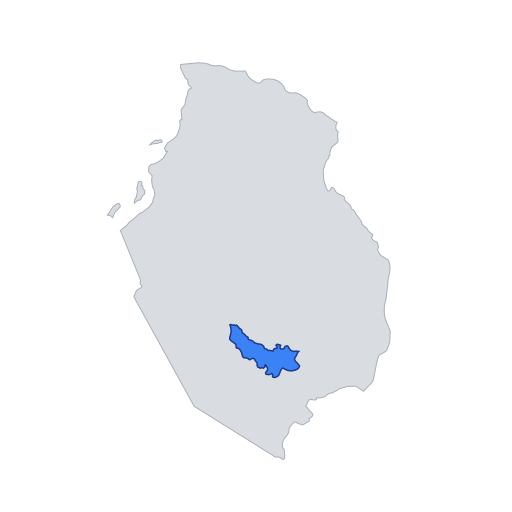 location of Shinyanga within United Republic of Tanzania, rotated 212°
{"feature_id": "TZA-3358", "entity_name": "Shinyanga", "entity_type": "Region", "adm_level": 1, "iso_a3": "TZA", "parent_name": "United Republic of Tanzania", "parent_adm1": "", "projection": "mercator", "projection_center": [32.976, -3.814], "detail": "fine", "context": "in_parent", "style": "filled", "palette": "blue", "viewbox_px": 512, "rotation_deg": 212, "n_neighbors": 0, "source": "natural_earth", "source_scale": "10m", "svg_char_len": 5769}
<svg xmlns="http://www.w3.org/2000/svg" viewBox="0 0 512 512"><g transform="rotate(212 256 256)"><path d="M197.4,346.7L192.5,344.1L188.1,342.5L184.5,340.8L182.9,339.1L179.6,338.5L176.6,338.2L173.9,336.6L168.4,336.0L167.8,335.0L167.7,332.7L166.7,332.1L164.7,331.5L162.5,331.5L161.2,331.8L160.4,331.7L158.6,330.3L156.9,328.6L156.3,325.8L153.7,324.0L150.8,322.6L142.6,322.7L141.4,322.3L139.4,320.9L137.2,318.6L135.4,315.9L133.7,312.4L132.1,307.5L122.8,288.2L121.8,284.6L120.0,280.5L117.0,275.6L113.8,271.9L109.5,268.5L104.7,265.2L102.1,263.0L97.0,253.9L96.0,249.7L95.2,245.3L95.6,243.5L98.7,237.9L99.0,236.3L98.6,234.1L97.1,229.6L95.1,224.1L91.2,214.2L90.6,211.7L90.7,209.8L93.0,199.7L93.0,198.3L102.3,198.5L109.1,194.1L115.1,187.5L116.2,184.7L118.7,180.5L121.0,178.4L121.9,176.9L123.3,172.7L126.4,169.8L129.4,167.6L128.8,166.1L129.3,165.5L130.9,164.4L134.1,163.3L134.8,161.1L134.8,158.6L134.2,157.2L134.3,155.6L133.9,154.7L131.8,154.5L128.6,153.2L126.0,152.7L124.2,152.0L123.6,151.4L123.3,149.9L124.7,146.1L123.3,144.5L126.5,138.1L127.1,137.3L128.3,137.2L130.2,136.6L131.9,136.2L133.3,136.5L134.4,136.2L135.3,135.5L136.1,133.3L136.7,129.7L136.4,126.8L135.0,124.5L134.6,121.0L135.3,116.3L134.8,112.5L133.3,109.4L131.8,107.5L129.4,106.7L125.8,101.9L124.6,99.6L124.8,98.2L126.1,97.6L128.5,97.8L130.7,97.3L132.7,96.0L134.7,95.6L135.8,95.8L228.9,95.8L337.7,156.5L338.1,157.3L339.0,162.5L338.8,164.3L337.1,167.3L336.6,168.9L336.6,170.0L337.0,170.4L338.5,170.5L339.7,171.3L340.1,171.8L341.0,174.1L342.2,175.2L383.6,205.1L384.5,205.5L383.9,208.0L381.6,214.1L381.5,216.7L380.6,219.6L379.7,221.6L377.3,230.2L375.3,233.4L372.6,240.9L372.1,246.6L373.6,250.7L374.2,254.4L377.4,258.1L379.9,259.5L381.7,261.2L384.7,265.0L386.5,268.9L392.0,270.8L394.2,275.1L393.4,278.1L390.8,280.6L388.4,284.6L386.5,289.9L386.5,298.0L387.8,296.8L390.7,298.8L391.0,304.7L388.0,311.7L387.1,314.9L387.0,317.7L389.2,326.0L392.4,330.3L392.2,331.6L391.3,332.7L397.0,340.2L396.5,346.7L398.6,351.8L399.6,356.2L401.0,359.6L401.2,361.9L399.5,364.5L403.6,365.2L406.0,367.3L407.2,369.3L410.1,369.2L411.7,370.6L414.1,371.8L419.2,375.2L420.6,376.9L421.4,378.5L407.3,389.3L402.2,392.1L398.6,393.4L394.7,394.1L391.0,395.8L387.5,398.4L383.0,399.8L377.6,399.8L371.9,401.6L362.9,407.2L357.6,404.1L353.5,403.2L348.8,403.3L345.9,403.6L344.8,404.3L343.9,406.2L343.2,409.3L340.1,412.3L334.6,415.2L329.6,416.2L325.0,415.5L321.9,414.3L320.3,412.7L317.9,411.9L314.8,412.0L311.8,413.2L308.9,415.4L304.3,416.4L297.9,416.1L294.5,415.0L294.1,413.2L291.3,411.0L286.2,408.5L282.5,408.4L280.1,410.8L277.9,412.3L275.9,413.0L274.1,413.0L271.6,412.4L264.6,412.1L258.0,412.2L257.3,408.8L255.9,406.6L254.7,405.4L252.4,405.1L251.8,404.1L251.0,401.9L249.9,400.1L248.4,398.6L247.5,397.2L247.2,395.9L247.5,394.4L248.8,390.9L249.3,388.4L249.1,386.0L248.4,383.4L246.8,380.4L247.0,379.5L246.4,377.4L246.4,376.0L246.7,374.2L246.4,371.8L245.0,366.7L245.0,365.4L243.6,363.0L239.2,357.2L239.0,356.4L232.1,350.6L229.3,349.3L228.3,350.4L228.0,351.4L228.3,353.3L228.1,354.2L227.8,354.6L226.2,354.6L225.1,354.4L222.5,352.8L220.5,352.4L215.4,352.7L213.7,353.1L212.3,352.7L209.6,350.0L206.5,349.5L203.6,349.3L199.0,346.3L197.4,346.7ZM392.7,249.8L395.0,256.1L394.7,257.3L393.1,258.0L392.2,258.1L391.2,257.1L390.5,254.9L389.3,255.4L387.2,252.9L385.2,252.8L383.4,249.7L384.1,247.0L383.7,242.5L385.9,240.2L387.1,236.2L388.6,238.9L388.9,243.1L390.8,248.0L392.7,249.8ZM403.6,211.9L403.8,213.4L403.4,214.8L403.5,219.3L403.3,222.3L401.6,226.5L400.2,227.9L399.0,227.5L397.9,226.8L397.2,225.7L398.8,218.1L397.9,212.5L401.1,213.1L403.6,211.9ZM399.1,303.7L397.5,304.1L396.8,303.7L395.9,302.5L397.6,301.4L399.2,299.3L403.1,296.3L404.9,293.9L404.6,296.2L402.4,301.4L400.6,301.7L399.1,303.7Z" fill="#d9dde1" stroke="#a8b0b8" stroke-width="1"/><path d="M219.8,182.9L219.3,182.5L219.1,181.7L217.5,181.3L215.7,181.8L214.9,182.1L212.9,182.1L211.2,181.6L207.8,182.5L205.2,183.7L203.6,183.8L201.8,183.6L200.5,182.5L199.3,182.1L197.8,182.7L195.7,182.3L195.2,182.5L194.8,183.0L192.9,183.8L191.2,184.3L191.6,186.0L191.1,187.6L190.4,187.8L190.1,188.3L189.6,188.8L189.4,189.3L189.9,189.9L190.5,190.4L191.8,190.9L191.3,192.4L188.4,193.3L187.7,193.3L187.6,192.8L187.7,192.3L187.3,191.4L186.8,190.8L185.8,190.4L184.7,191.0L184.0,191.1L183.5,191.9L183.3,193.1L183.5,194.2L183.4,194.8L182.9,195.2L182.2,196.2L181.1,196.4L179.9,195.8L178.8,195.1L176.4,194.4L173.9,194.8L171.4,196.7L169.2,197.7L169.5,196.6L169.5,195.4L169.1,193.9L169.0,192.4L169.1,190.7L168.9,189.2L168.0,188.4L167.0,187.7L164.4,187.1L160.9,186.0L160.5,184.0L160.9,182.1L162.6,179.6L165.2,177.3L168.3,175.8L171.3,175.4L174.1,175.2L174.5,172.9L174.0,169.9L173.5,166.9L174.2,164.9L175.4,163.3L176.4,162.5L177.5,162.2L178.4,162.8L178.7,163.9L179.4,164.6L180.4,164.7L180.8,163.7L181.5,162.9L182.4,162.1L184.3,161.2L185.2,161.1L185.9,161.9L186.1,163.0L185.9,164.7L185.9,166.2L187.0,167.0L189.4,168.5L190.5,168.5L190.5,167.7L189.8,167.6L189.7,166.6L190.1,165.5L190.3,164.7L191.1,164.7L192.0,164.3L192.5,163.4L193.1,163.0L193.8,163.2L194.8,162.9L195.7,162.8L196.6,163.4L197.4,164.2L197.9,165.3L198.7,166.0L199.7,166.3L200.6,166.7L201.2,166.8L201.8,167.1L202.3,167.6L203.0,168.0L205.0,167.1L206.1,164.9L207.2,164.5L208.3,164.8L209.5,164.6L210.7,164.3L212.3,163.3L213.9,163.5L215.3,164.8L217.4,166.7L220.0,168.0L221.5,168.4L222.6,168.1L223.6,167.6L224.5,168.0L225.4,169.6L226.8,170.5L229.0,170.7L231.7,170.8L234.2,171.5L235.1,173.1L236.1,176.5L237.4,179.4L239.0,181.5L240.3,182.7L241.7,183.8L241.0,184.6L239.2,185.0L238.0,186.0L237.2,185.9L236.5,186.3L236.1,187.0L235.3,187.0L234.3,186.6L233.2,186.5L232.6,186.3L232.2,185.9L231.6,185.7L230.9,185.9L230.0,185.8L229.0,185.6L228.2,185.0L227.6,184.2L226.8,183.7L225.8,183.6L224.1,183.5L221.8,182.8L220.8,182.8L219.8,182.9Z" fill="#3b82f6" stroke="#1e3a8a" stroke-width="1.5"/></g></svg>